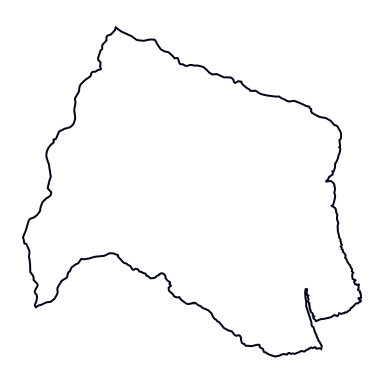 outline of Hato, Santander, Colombia
{"feature_id": "7082276B99136019050465", "entity_name": "Hato", "entity_type": "district", "adm_level": 2, "iso_a3": "COL", "parent_name": "Colombia", "parent_adm1": "Santander", "projection": "orthographic", "projection_center": [-73.349, 6.562], "detail": "fine", "context": "isolated", "style": "outline", "palette": "ink", "viewbox_px": 384, "rotation_deg": 0, "n_neighbors": 0, "source": "geoboundaries", "source_scale": "gbopen_adm2", "svg_char_len": 5919}
<svg xmlns="http://www.w3.org/2000/svg" viewBox="0 0 384 384"><path d="M30.3,272.2L32.4,274.8L33.6,277.2L33.6,280.0L37.2,283.7L37.6,285.0L37.5,286.2L35.9,288.6L34.8,291.3L35.1,293.1L36.6,294.8L37.1,297.1L36.4,301.3L34.9,304.8L35.0,306.0L35.9,307.3L38.5,305.5L41.2,304.8L45.2,302.9L47.1,302.2L50.6,301.9L54.7,298.6L57.3,293.8L57.7,291.7L57.3,289.4L57.7,287.4L59.1,284.8L60.4,283.1L61.0,281.6L62.3,280.4L66.7,277.7L67.3,276.3L67.9,273.2L68.7,272.0L69.8,271.4L71.6,267.4L75.8,264.3L78.1,263.4L81.2,259.0L81.7,258.8L83.0,259.2L84.4,259.2L88.5,258.6L94.7,256.8L104.2,255.8L108.9,253.6L110.5,253.2L113.3,253.4L118.0,255.2L118.1,256.7L123.4,262.5L126.9,263.9L127.9,264.9L130.2,265.9L132.5,269.4L133.1,269.8L133.6,269.9L135.5,268.8L137.3,269.1L138.3,269.8L139.4,271.6L141.4,271.9L142.3,272.6L145.4,273.7L145.9,274.0L146.4,275.6L148.3,276.2L149.8,277.8L150.8,278.3L153.4,278.1L155.4,277.5L156.9,275.8L158.7,275.3L159.1,274.5L161.0,273.3L162.9,273.5L163.9,274.0L165.3,275.9L165.7,278.3L167.4,280.5L170.0,282.3L170.1,283.0L169.6,283.3L169.5,284.1L170.9,285.7L168.7,287.6L168.7,289.8L169.2,290.9L173.0,294.4L174.0,296.1L175.0,296.8L176.8,297.4L179.4,297.2L179.6,298.1L182.6,300.9L186.4,303.6L187.3,303.9L189.7,304.0L193.0,302.8L193.5,303.5L194.6,302.8L195.4,303.0L198.7,305.5L199.8,305.7L201.5,306.8L202.2,307.7L208.5,310.4L211.5,313.4L213.1,317.0L214.7,319.0L215.8,319.4L217.3,321.2L219.2,322.2L223.8,327.9L228.1,330.3L231.8,331.4L234.6,334.9L235.5,335.5L236.7,335.8L238.4,335.2L239.8,335.6L241.0,337.6L241.1,340.4L241.9,342.9L242.9,343.6L244.5,344.1L245.7,345.8L248.5,345.8L251.5,346.2L256.5,344.9L259.0,344.7L259.6,345.2L259.8,347.2L263.0,349.0L263.8,351.8L264.8,352.3L266.0,352.5L267.2,353.6L270.6,355.1L275.1,356.5L278.9,355.8L282.4,354.3L284.0,354.1L287.0,354.5L288.5,353.0L289.6,353.0L290.9,353.9L292.7,353.4L295.0,353.9L296.7,353.0L299.4,352.1L300.8,351.1L304.5,351.5L306.4,350.0L308.0,349.5L308.6,348.7L309.7,348.5L310.4,347.8L311.2,347.5L312.8,348.1L315.0,347.1L315.5,347.3L316.1,348.5L317.7,348.6L318.9,348.3L320.8,348.5L321.2,348.9L321.8,345.9L319.0,341.0L318.3,340.5L318.1,338.9L317.0,337.4L316.3,334.6L314.9,332.1L313.5,327.3L312.3,326.5L311.6,325.4L311.5,322.7L306.2,306.2L306.2,301.8L305.5,297.6L305.1,292.8L305.6,289.2L305.9,289.1L306.1,290.0L307.0,289.5L307.1,289.8L306.7,292.0L307.0,294.9L308.4,295.6L307.8,297.0L308.5,299.3L308.1,301.0L308.3,302.2L309.4,303.1L308.9,304.1L309.6,305.1L309.3,306.0L309.9,307.9L309.7,308.8L310.4,309.5L310.7,311.7L312.8,313.7L312.8,315.8L314.2,316.4L313.4,317.5L313.4,318.3L315.0,319.7L316.0,321.2L320.4,319.3L324.7,318.7L331.0,317.2L334.3,315.1L337.4,316.0L338.3,315.2L339.1,313.2L341.7,313.9L342.7,313.3L344.2,313.1L344.7,312.5L346.6,312.4L347.6,311.4L349.9,310.1L350.9,308.1L352.7,307.0L355.6,303.7L356.1,303.4L357.8,303.4L359.1,302.3L360.7,301.5L360.9,301.0L360.6,300.3L359.1,299.5L358.5,298.4L359.9,297.9L360.9,298.0L361.0,297.7L360.9,294.6L360.4,293.7L360.6,292.9L359.8,292.4L359.9,291.1L358.1,290.0L358.0,289.6L358.7,288.1L358.5,286.3L358.9,284.6L358.5,284.4L356.9,284.9L356.4,284.4L355.1,284.2L354.1,282.1L354.2,281.4L355.5,280.4L355.3,280.1L352.7,279.0L352.2,276.9L352.3,274.1L353.3,272.6L351.8,271.3L352.1,269.2L350.7,267.3L350.3,265.6L348.5,263.5L347.1,261.1L346.4,259.3L345.4,258.1L345.2,257.6L345.6,255.9L345.4,254.7L342.8,251.5L342.9,250.0L341.6,249.0L341.8,248.0L340.7,246.6L341.7,245.5L341.8,244.5L340.9,243.1L341.0,242.3L340.4,240.9L340.6,239.7L339.0,237.1L339.0,235.8L337.9,231.4L337.6,225.8L338.3,223.3L338.2,222.4L337.0,219.4L337.0,217.0L337.4,214.9L336.3,212.6L335.7,208.9L334.6,207.6L331.8,205.8L332.9,205.0L333.5,203.9L335.2,196.9L335.0,195.1L334.3,192.9L334.9,189.9L334.9,187.2L334.4,186.4L334.3,184.4L333.7,183.3L331.2,181.2L330.4,181.0L326.4,181.6L326.1,181.3L327.1,180.4L328.5,178.4L329.3,176.7L332.5,174.7L332.9,172.4L332.5,171.5L333.5,171.4L334.0,170.5L335.0,167.4L335.0,163.9L336.4,161.8L337.8,158.7L338.6,155.3L339.6,152.9L340.3,149.1L340.1,148.0L339.2,147.2L340.0,146.4L340.1,145.7L339.4,140.1L340.6,139.1L341.1,136.6L341.0,133.2L340.3,131.4L337.5,126.5L336.7,125.8L334.2,124.9L330.7,120.8L326.5,118.4L325.0,117.9L319.7,117.0L314.0,114.1L313.2,113.4L312.2,113.1L311.1,111.2L311.2,109.2L310.3,108.3L309.6,108.0L309.4,107.0L308.8,106.4L307.4,106.4L306.0,105.9L301.3,103.6L294.1,100.8L289.0,101.5L286.8,100.9L285.8,100.1L280.8,97.8L279.0,96.5L275.7,96.6L266.5,95.4L261.5,94.2L259.6,93.4L255.7,90.8L250.5,90.9L250.2,90.7L249.8,89.8L246.1,87.5L242.9,84.7L241.7,83.2L241.2,82.2L241.3,81.7L238.3,81.2L235.3,82.9L234.6,82.7L233.9,82.0L233.4,79.8L232.5,78.6L230.8,77.6L228.2,77.3L224.0,77.4L216.9,74.1L212.0,74.4L209.1,72.4L206.0,69.2L203.1,66.9L198.0,65.6L194.0,65.5L191.2,64.9L189.5,65.1L187.2,66.0L185.5,65.8L182.7,64.3L180.4,64.2L179.5,63.3L178.0,58.6L177.6,58.1L176.8,58.0L174.7,58.4L172.7,56.0L168.5,52.2L164.5,51.4L160.7,49.2L157.3,44.3L155.2,40.3L154.3,39.6L149.6,39.5L143.8,40.8L138.6,40.3L136.4,39.7L131.6,36.2L121.4,31.6L115.7,27.5L114.9,30.2L112.0,33.4L110.8,34.5L107.4,35.7L106.7,36.7L106.4,38.0L106.5,40.4L102.7,44.5L102.2,45.8L102.2,48.9L100.5,50.6L98.0,58.2L98.0,59.1L98.6,60.3L100.5,62.4L100.2,66.8L101.0,68.9L100.5,69.4L97.5,70.2L95.5,71.7L92.8,71.8L92.0,72.4L91.1,73.7L90.7,75.7L90.0,76.6L85.4,79.8L83.5,81.5L80.6,84.5L79.8,86.3L79.3,87.9L79.1,91.0L78.6,92.2L75.1,98.1L74.9,99.1L75.5,102.6L74.2,110.0L75.2,117.7L75.0,119.4L73.8,123.2L73.1,124.4L71.3,126.3L69.4,127.5L64.0,128.9L62.6,129.9L60.0,130.9L58.9,131.8L56.3,138.1L55.7,139.0L53.5,139.7L53.5,140.4L53.9,141.1L53.5,142.7L51.8,143.9L50.0,145.8L48.5,147.8L46.9,151.3L46.3,154.7L46.6,157.7L48.9,164.5L50.8,176.8L49.4,180.7L47.8,187.6L47.9,188.6L51.2,192.1L51.0,194.1L50.7,195.2L49.0,196.7L45.8,198.8L42.5,202.2L40.8,206.4L39.9,211.3L37.2,214.9L34.0,217.4L30.2,218.8L29.5,219.4L28.7,220.7L25.8,230.5L23.0,237.3L23.9,240.4L24.2,243.0L24.7,243.7L25.8,243.7L26.4,244.1L29.3,250.7L29.4,252.8L28.9,257.3L29.5,258.9L30.1,265.1L30.3,272.2Z" fill="none" stroke="#020617" stroke-width="2"/></svg>